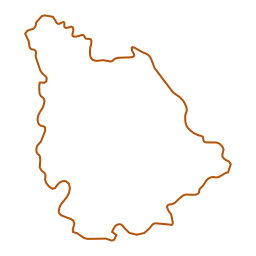 the border of Vienne
{"feature_id": "FRA-5354", "entity_name": "Vienne", "entity_type": "Metropolitan department", "adm_level": 1, "iso_a3": "FRA", "parent_name": "France", "parent_adm1": "", "projection": "equal_earth", "projection_center": [0.44, 46.607], "detail": "fine", "context": "isolated", "style": "outline", "palette": "amber", "viewbox_px": 256, "rotation_deg": 0, "n_neighbors": 0, "source": "natural_earth", "source_scale": "10m", "svg_char_len": 3102}
<svg xmlns="http://www.w3.org/2000/svg" viewBox="0 0 256 256"><path d="M168.0,224.4L155.5,223.3L153.9,223.6L152.3,224.8L149.7,228.1L144.3,233.0L136.9,234.7L129.5,233.0L124.2,227.9L122.7,225.8L121.1,224.5L119.1,224.2L116.7,224.9L115.3,226.1L114.0,227.9L112.1,231.9L116.4,235.0L114.3,239.6L111.9,240.6L105.7,238.6L87.3,238.9L84.1,238.0L77.0,233.2L73.1,232.0L72.7,229.8L73.2,227.7L73.9,225.7L74.3,223.6L73.4,220.7L71.3,219.2L62.5,215.9L60.5,214.7L59.1,213.0L58.8,211.6L58.9,210.1L59.6,207.2L61.0,204.3L66.7,197.3L68.9,193.3L69.9,188.4L69.0,183.9L65.8,181.2L62.6,181.1L59.7,182.5L57.2,185.0L55.1,188.0L52.5,188.8L49.1,186.6L46.2,183.0L45.1,179.6L45.5,175.5L45.2,174.2L44.5,172.9L41.5,170.6L39.7,167.4L40.3,159.9L39.8,156.2L39.1,155.2L37.4,153.7L36.8,152.6L36.5,151.3L36.4,149.9L36.7,147.2L37.4,145.5L40.9,141.6L44.9,131.5L45.2,129.8L45.1,127.8L44.4,126.7L40.6,125.6L39.5,124.8L38.6,123.7L38.0,122.3L37.6,118.9L38.3,115.5L39.7,112.4L42.5,108.1L44.1,103.6L44.4,101.4L44.2,99.5L43.4,98.2L41.0,96.2L39.8,94.2L39.4,91.6L39.2,86.1L39.7,82.7L41.8,82.5L44.4,82.8L46.3,81.2L46.7,78.2L45.9,76.5L42.7,73.9L40.2,70.3L35.8,57.1L35.7,55.2L36.0,53.6L36.0,52.1L35.2,50.5L34.1,49.7L31.5,49.2L30.5,48.6L29.5,46.9L28.7,41.2L25.2,33.8L25.8,32.8L26.6,31.7L28.0,30.4L32.3,29.1L34.1,28.4L35.3,26.4L35.8,24.9L36.0,23.4L36.6,22.0L41.8,16.2L44.6,15.4L52.9,16.8L54.5,19.4L55.4,20.6L56.1,22.1L56.9,23.2L58.1,23.9L60.0,23.6L62.6,22.1L63.7,22.1L64.5,23.4L64.4,24.6L64.2,25.9L64.5,27.0L65.5,27.9L67.6,27.8L71.2,26.7L72.6,27.2L73.2,28.7L73.3,30.3L73.0,31.8L72.6,33.3L72.4,34.6L72.6,35.8L73.8,36.6L76.0,36.6L78.1,36.2L81.6,35.0L82.9,35.0L84.0,35.6L85.0,37.8L86.0,38.7L89.3,39.0L90.6,39.2L91.2,40.2L91.4,41.3L91.2,43.9L90.2,48.0L89.9,51.8L90.1,54.8L90.4,56.3L90.8,57.7L91.9,59.2L93.7,60.3L96.6,60.9L103.5,60.2L110.6,61.5L112.2,61.0L113.3,60.1L114.3,59.1L115.5,58.5L118.4,57.8L130.9,57.3L132.4,57.0L133.8,56.4L134.1,55.7L134.2,55.0L134.0,54.3L133.7,53.6L133.4,53.0L133.0,52.4L132.6,51.8L132.2,51.2L132.0,50.5L131.9,49.0L131.9,48.3L131.8,47.7L132.0,47.5L132.4,47.1L134.3,47.6L143.0,52.5L146.3,53.8L148.0,54.8L149.6,56.3L151.3,59.4L154.6,68.1L173.2,92.6L179.9,97.3L181.0,98.5L183.2,100.8L184.4,102.7L186.2,106.5L186.7,108.9L186.7,110.8L186.3,112.2L185.8,113.5L185.4,114.7L185.2,116.1L185.2,120.1L185.6,122.9L186.6,126.0L187.9,127.9L189.8,130.0L193.5,132.9L197.8,135.1L201.1,135.9L202.1,136.3L203.0,137.2L203.5,140.4L204.2,141.7L206.1,142.4L215.9,142.5L217.5,142.8L219.0,143.5L220.4,144.5L221.5,145.7L222.5,147.0L223.1,148.2L223.5,149.4L223.5,149.9L222.3,154.8L222.5,156.7L224.2,158.8L225.8,160.0L228.9,161.5L230.8,164.1L228.0,172.5L226.3,172.6L219.2,176.8L217.1,177.4L215.3,177.4L213.8,177.0L212.3,177.1L210.8,177.4L209.2,178.1L207.6,179.2L206.1,180.9L204.3,183.7L203.0,185.7L200.9,187.7L199.8,188.9L199.2,190.5L199.2,191.8L198.8,192.7L198.1,193.6L196.3,194.5L194.8,194.8L186.0,194.6L184.6,194.8L183.0,195.6L179.2,198.6L175.1,202.6L173.7,203.5L172.1,204.1L168.9,204.6L167.7,205.3L167.0,206.8L168.0,209.9L169.2,211.8L170.5,213.5L171.3,215.1L172.9,223.0L172.5,224.1L171.7,224.9L168.0,224.4Z" fill="none" stroke="#b45309" stroke-width="2"/></svg>